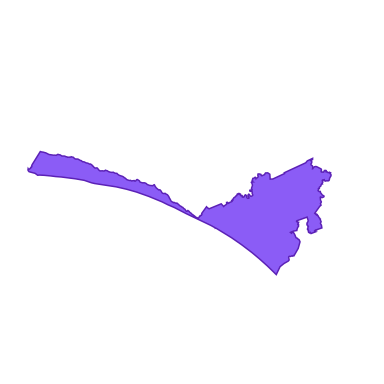 Tampico Alto, Veracruz, Mexico (orthographic projection), rotated 148°
{"feature_id": "50627088B55944116291568", "entity_name": "Tampico Alto", "entity_type": "district", "adm_level": 2, "iso_a3": "MEX", "parent_name": "Mexico", "parent_adm1": "Veracruz", "projection": "orthographic", "projection_center": [-97.791, 21.851], "detail": "fine", "context": "isolated", "style": "filled", "palette": "violet", "viewbox_px": 384, "rotation_deg": 148, "n_neighbors": 0, "source": "geoboundaries", "source_scale": "gbopen_adm2", "svg_char_len": 5963}
<svg xmlns="http://www.w3.org/2000/svg" viewBox="0 0 384 384"><g transform="rotate(148 192 192)"><path d="M299.2,306.7L313.1,299.9L314.0,299.2L314.4,298.4L314.8,298.5L315.0,298.2L315.6,298.2L315.9,297.9L316.2,298.0L316.5,297.7L318.0,297.6L318.6,297.9L318.6,298.6L319.3,297.8L319.6,297.0L319.4,295.5L315.2,291.0L314.0,288.0L312.4,287.2L308.4,284.4L303.3,280.5L299.4,277.3L294.9,274.0L283.9,265.0L277.2,259.0L272.3,253.0L270.1,250.8L253.5,236.5L245.9,228.9L239.1,221.4L231.0,211.2L222.6,199.5L219.3,194.1L215.2,188.2L208.3,176.6L193.8,153.8L191.4,149.5L191.5,149.0L191.3,149.0L191.1,148.6L191.3,148.5L190.9,148.6L190.7,148.4L182.7,132.3L177.9,121.1L173.2,108.7L170.3,99.8L167.3,89.5L164.3,77.3L156.9,82.0L151.8,82.6L146.9,82.4L145.6,82.9L144.7,85.3L144.4,85.7L143.8,85.9L143.4,85.8L142.8,85.2L141.2,84.9L141.0,84.5L140.4,84.5L140.3,84.2L140.1,84.1L139.2,84.3L139.1,84.0L131.8,87.9L126.8,92.5L126.5,94.3L126.5,95.0L127.0,95.7L127.1,96.8L128.0,98.1L127.4,101.7L127.4,103.7L128.2,104.8L128.5,105.0L128.7,104.6L129.5,104.3L129.9,105.6L127.8,105.3L127.4,104.9L126.8,105.1L123.5,103.8L123.3,104.4L122.6,104.7L121.3,105.9L119.9,106.4L119.8,107.0L119.0,107.5L119.4,108.4L118.9,108.6L118.7,109.4L117.9,109.5L117.6,109.8L118.1,110.2L118.4,110.8L118.6,111.6L118.9,111.6L118.8,111.9L118.2,112.0L116.2,111.6L107.7,109.7L108.6,106.2L109.4,105.4L110.6,104.9L110.9,104.7L111.1,104.2L111.3,104.2L111.6,103.9L111.9,102.9L111.6,102.7L111.6,101.2L112.2,101.1L112.5,100.2L113.0,99.7L113.3,99.8L113.8,99.3L113.9,98.8L113.5,98.4L113.7,98.0L113.6,97.6L114.1,97.3L114.1,96.8L114.5,96.1L114.0,95.0L113.2,95.2L113.1,93.7L108.1,92.7L108.8,93.7L108.7,94.1L108.0,94.2L107.9,93.9L106.9,94.2L106.6,93.8L106.5,94.0L100.9,92.7L99.8,95.3L99.8,97.2L99.5,97.6L98.3,98.3L97.9,100.4L97.5,101.0L97.8,101.3L97.6,102.1L97.8,102.9L97.8,105.0L97.7,105.1L98.4,106.3L97.8,106.5L97.9,106.9L98.5,107.8L98.8,107.6L99.2,108.9L91.2,112.2L89.6,112.4L89.1,114.3L88.1,114.6L87.5,115.2L87.4,116.9L86.0,119.6L85.4,119.6L85.0,118.6L84.7,118.3L83.0,118.0L82.6,118.1L82.3,118.4L82.2,118.8L83.1,120.4L83.2,122.3L83.4,123.2L82.9,124.5L83.1,124.8L83.7,124.8L84.0,125.1L84.4,126.3L83.6,127.0L83.2,127.2L83.1,127.8L82.6,127.9L82.1,127.6L81.9,128.1L81.2,128.7L80.6,128.6L79.4,128.9L78.7,129.7L78.0,130.0L77.1,129.7L77.0,130.6L76.1,130.8L75.5,132.7L75.0,133.0L73.4,132.4L74.0,131.7L73.5,131.3L73.2,130.6L72.3,130.5L71.6,129.8L70.8,129.6L70.2,129.1L69.4,129.3L67.8,130.9L65.5,132.1L64.8,133.4L65.2,134.5L65.0,134.9L64.4,135.0L65.0,136.0L65.8,136.0L66.4,136.4L66.8,137.7L67.6,137.9L67.5,138.5L66.9,139.1L67.5,139.7L68.4,140.1L69.0,139.5L69.5,139.4L69.8,139.1L70.5,139.4L71.1,140.2L71.7,140.4L71.5,141.3L70.5,142.0L70.3,143.2L72.9,147.5L73.8,148.2L74.7,148.5L75.8,148.4L77.3,147.7L77.5,147.8L76.6,148.8L76.1,149.9L76.1,150.6L76.6,151.6L76.5,152.2L76.2,152.8L75.5,153.0L74.8,153.6L74.3,154.4L74.7,156.0L72.6,155.6L71.9,156.6L77.7,157.3L80.1,156.5L102.4,159.3L103.6,159.4L103.7,158.6L116.6,160.2L118.9,161.5L116.6,165.8L117.6,168.1L119.6,169.2L120.7,168.7L121.2,168.3L124.1,168.7L124.5,169.3L124.2,170.4L125.3,171.6L126.4,172.3L127.3,171.4L127.6,170.1L128.4,169.6L129.6,169.5L130.3,169.6L130.7,169.4L130.4,170.8L131.0,171.1L132.4,170.9L133.2,171.3L134.7,170.0L134.5,169.9L134.7,169.4L135.1,169.2L135.4,168.7L135.2,168.4L136.3,168.9L136.6,168.7L136.5,167.9L137.0,166.0L137.5,165.3L139.6,163.6L139.8,162.1L140.0,161.8L140.7,161.9L141.5,162.8L141.9,162.9L142.2,162.7L142.4,161.9L140.9,160.5L140.9,159.9L141.7,159.0L142.0,157.3L142.3,157.0L143.1,156.9L144.0,156.9L144.7,157.5L144.7,159.5L145.0,160.1L145.8,159.9L146.4,159.3L146.6,158.6L146.6,157.4L146.8,156.8L147.2,156.6L148.0,157.0L148.3,157.5L148.4,158.3L147.8,160.2L148.0,161.1L148.2,161.3L149.1,161.2L150.0,160.6L150.3,160.6L150.9,160.2L151.7,160.7L152.0,161.2L151.4,161.9L151.5,162.6L152.4,162.8L152.5,163.0L152.1,164.2L152.6,164.4L152.3,164.8L152.9,165.2L152.7,165.6L153.1,166.0L153.9,165.9L154.1,166.2L154.6,166.2L154.6,165.7L155.4,165.8L156.0,165.3L156.8,165.4L157.8,165.0L159.6,164.9L161.1,164.1L161.5,164.2L161.6,163.5L162.9,163.7L162.9,162.9L163.1,162.8L165.9,163.2L166.9,163.0L167.3,163.6L167.2,163.7L167.3,164.2L167.4,164.5L168.2,164.8L168.6,163.7L168.9,163.7L169.1,163.3L170.0,163.3L170.3,163.2L171.9,163.2L172.8,162.9L173.5,166.5L186.4,168.7L187.3,170.6L187.5,171.8L195.1,168.7L195.4,167.9L196.3,167.3L197.2,167.6L197.6,167.2L198.3,167.5L199.8,166.6L200.7,166.5L201.5,167.9L202.1,168.4L202.5,170.1L202.8,170.9L203.0,171.0L203.3,172.3L203.6,172.5L204.1,174.8L204.6,175.6L204.7,177.0L205.3,178.5L206.2,178.3L207.0,178.6L207.2,181.4L207.7,182.1L208.0,183.9L208.5,184.5L208.8,185.5L209.5,186.6L210.5,190.3L210.8,190.7L211.5,190.8L212.8,192.8L213.4,192.8L214.6,195.3L214.3,197.7L214.4,198.3L214.1,200.7L214.3,202.7L215.3,204.4L215.4,204.9L215.6,205.2L216.6,205.5L217.6,206.5L217.9,207.6L217.7,208.7L217.9,210.5L218.1,210.9L219.2,211.5L220.1,214.3L220.3,216.6L220.1,217.2L220.1,218.1L220.8,218.3L221.9,218.1L224.5,220.1L226.0,222.1L226.3,223.4L227.0,224.5L227.8,225.3L228.8,225.7L230.5,227.5L230.8,228.1L230.7,229.3L231.7,231.5L232.0,231.7L232.6,231.7L233.7,231.3L234.4,231.3L234.7,231.5L234.9,232.3L237.5,233.5L238.0,234.5L239.1,235.0L240.7,237.0L241.3,239.2L241.9,240.1L242.0,240.9L242.6,242.0L244.9,244.8L245.6,246.4L245.8,247.6L247.4,248.8L248.3,250.5L249.6,251.1L251.0,252.3L252.0,253.6L252.6,254.9L253.1,255.5L253.7,255.8L253.8,256.3L255.5,256.4L256.7,257.4L258.8,258.6L259.3,259.7L259.6,262.5L260.3,263.1L261.5,263.6L261.9,264.5L262.1,265.4L262.1,266.2L262.5,266.7L262.5,267.8L263.2,269.5L263.9,269.7L265.1,271.7L266.3,272.7L267.5,274.7L268.8,275.7L269.3,277.3L269.9,277.8L271.3,280.4L273.3,281.7L273.7,282.3L274.4,284.6L275.6,285.5L275.8,285.8L276.0,285.6L275.9,285.8L276.3,285.9L277.2,286.1L277.5,286.6L279.1,287.3L279.4,288.1L280.1,288.6L280.9,289.9L283.3,291.5L284.1,293.3L285.3,294.4L285.7,295.0L287.8,295.1L288.8,296.0L289.3,296.2L289.8,296.5L293.4,299.6L295.2,302.6L297.4,305.0L297.9,305.2L299.2,306.7Z" fill="#8b5cf6" stroke="#5b21b6" stroke-width="1.5"/></g></svg>